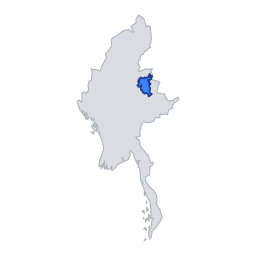 Lashio, Shan, Myanmar (highlighted)
{"feature_id": "60261553B9019752921327", "entity_name": "Lashio", "entity_type": "district", "adm_level": 2, "iso_a3": "MMR", "parent_name": "Myanmar", "parent_adm1": "Shan", "projection": "orthographic", "projection_center": [98.2, 22.767], "detail": "fine", "context": "in_parent", "style": "filled", "palette": "blue", "viewbox_px": 256, "rotation_deg": 0, "n_neighbors": 0, "source": "geoboundaries", "source_scale": "gbopen_adm2", "svg_char_len": 7347}
<svg xmlns="http://www.w3.org/2000/svg" viewBox="0 0 256 256"><path d="M167.3,114.8L164.7,113.5L162.7,114.7L159.8,114.3L160.1,116.9L158.4,117.8L155.4,117.6L153.6,121.5L147.4,122.6L143.3,121.8L141.0,125.3L140.8,129.3L139.7,131.8L140.2,135.9L137.5,137.0L135.9,136.8L136.7,138.7L138.8,139.5L140.1,143.8L139.7,145.5L148.2,155.5L150.8,163.3L152.8,162.2L153.4,163.0L152.6,165.1L150.0,166.7L149.6,174.9L145.3,176.9L145.4,179.6L145.9,181.6L149.8,187.1L154.1,190.8L156.5,194.8L157.0,200.6L156.3,203.0L157.5,206.5L159.7,208.8L162.2,217.9L157.2,226.0L152.1,231.3L151.4,236.9L149.7,238.8L149.0,237.0L148.6,231.2L151.1,227.4L151.9,220.2L153.5,218.7L152.6,218.0L150.6,218.5L151.3,212.7L150.2,212.4L151.1,211.2L149.9,201.5L145.9,194.6L145.4,191.6L144.8,195.6L144.3,194.8L144.2,189.4L142.0,183.5L142.2,183.0L143.3,183.5L142.3,182.2L141.5,182.5L140.8,181.0L139.7,168.8L138.2,167.0L138.8,161.7L139.9,160.4L135.8,160.9L133.9,156.4L133.8,154.0L129.7,150.3L130.4,151.4L129.7,152.7L130.4,154.7L128.7,158.6L127.0,160.4L124.8,161.1L123.0,159.9L122.7,157.9L122.0,157.8L123.5,161.8L116.9,165.0L115.9,167.3L112.5,170.3L111.5,169.9L112.1,165.8L110.0,169.0L107.3,169.1L106.8,164.6L105.6,167.2L104.0,167.9L104.6,160.6L104.2,162.7L101.5,165.6L98.9,166.5L99.6,160.4L103.2,150.9L103.5,147.8L101.9,140.1L99.0,133.6L99.9,133.5L97.9,131.6L97.7,126.8L96.5,128.5L96.3,131.4L93.8,129.8L91.4,125.6L92.4,125.2L95.2,127.3L96.8,126.2L97.2,124.9L92.9,120.7L94.1,119.1L92.6,119.1L88.9,117.0L87.8,117.3L88.3,119.1L87.4,119.5L86.1,116.8L87.2,115.6L86.3,115.5L86.9,113.2L86.6,112.8L84.7,115.9L83.7,115.1L84.9,113.6L84.5,112.6L82.9,110.8L83.0,114.0L79.3,108.8L77.3,101.7L79.0,100.0L82.0,102.1L82.0,93.5L83.4,91.7L86.4,93.4L87.4,91.2L88.6,90.7L88.0,84.7L89.1,81.0L91.2,80.4L91.7,77.3L92.1,73.1L91.3,68.5L93.1,69.6L95.2,69.3L100.1,71.0L102.1,65.6L106.9,56.9L105.3,54.9L105.6,53.6L109.7,49.1L111.9,45.0L111.1,41.2L112.0,38.2L115.7,36.4L123.7,30.4L129.5,29.6L131.9,32.0L133.5,32.2L131.1,26.5L136.1,22.3L136.0,18.9L138.3,15.4L139.6,15.5L140.8,17.2L142.1,17.2L144.3,19.8L146.5,27.0L148.1,25.7L150.3,26.7L151.3,37.3L150.7,43.5L149.4,44.9L150.4,47.5L148.3,48.4L146.9,50.8L144.8,51.0L143.3,54.4L141.2,54.9L140.0,57.5L140.3,59.5L138.6,60.7L138.0,64.1L139.5,65.5L139.9,67.3L138.3,71.2L139.7,71.4L145.5,68.8L149.7,69.3L152.4,68.6L150.7,71.3L152.4,74.7L152.8,80.0L159.0,81.4L160.0,82.7L158.7,84.4L156.6,92.9L164.8,94.0L165.1,97.3L166.8,98.5L167.1,100.3L168.2,100.8L172.6,100.7L175.2,98.4L178.5,97.4L178.7,99.2L178.0,100.6L174.4,102.6L171.9,106.5L171.8,107.4L172.9,108.1L168.7,109.8L167.3,114.8ZM94.0,123.4L96.6,125.0L96.1,126.2L94.4,126.2L93.2,124.1L94.0,123.4ZM146.7,207.3L148.5,209.7L146.8,211.4L146.7,207.3ZM93.5,134.0L92.1,133.0L91.2,131.7L94.2,131.8L93.5,134.0ZM149.3,217.7L149.3,220.9L148.2,220.5L147.5,217.9L149.3,217.7ZM102.9,166.5L101.1,168.5L100.8,166.8L103.4,164.3L102.9,166.5ZM138.1,164.2L137.0,163.6L136.9,161.7L137.7,161.2L138.4,162.1L138.1,164.2ZM145.7,221.6L145.4,220.5L146.6,218.0L146.4,220.2L145.7,221.6ZM145.0,227.5L146.5,229.9L146.3,230.4L144.9,228.5L144.0,228.7L145.0,227.5ZM150.3,215.9L148.7,216.6L148.6,214.4L150.3,215.9ZM146.5,238.6L144.4,240.6L144.7,239.5L146.5,238.6ZM85.6,117.2L86.2,119.8L85.1,116.7L85.6,117.2ZM146.8,202.2L146.7,204.2L146.2,201.0L146.8,202.2ZM91.6,119.2L91.8,120.9L90.7,118.5L91.6,119.2ZM144.6,213.6L143.5,212.6L143.9,211.9L144.5,212.0L144.6,213.6ZM143.8,210.7L143.0,212.0L142.3,211.2L142.9,210.7L143.8,210.7ZM144.0,218.6L144.0,219.7L143.1,217.0L144.0,218.6ZM105.7,169.0L104.8,168.9L106.0,167.6L106.1,168.1L105.7,169.0ZM149.5,227.8L148.7,227.5L149.3,226.3L149.5,227.8Z" fill="#d9dde1" stroke="#a8b0b8" stroke-width="1"/><path d="M139.3,78.6L139.3,78.8L139.4,79.0L139.6,79.0L139.6,79.5L139.6,79.8L139.5,80.0L139.4,80.0L139.5,79.8L139.4,79.8L139.2,79.8L139.2,80.0L138.9,80.0L138.7,80.1L138.4,80.2L138.5,80.3L138.8,80.6L139.0,80.6L139.1,81.1L138.9,81.1L138.6,81.3L138.6,81.7L138.4,81.7L138.1,81.7L138.0,81.8L138.1,82.0L138.3,82.1L138.3,82.3L138.4,82.5L138.7,82.5L138.9,82.3L139.2,82.4L139.1,82.5L139.0,82.9L138.9,82.9L138.8,83.0L138.7,83.2L138.8,83.3L138.8,83.5L138.7,83.5L138.7,83.4L138.6,83.5L138.7,83.8L138.8,84.0L138.5,84.3L138.4,84.5L138.1,84.7L137.9,84.9L137.9,85.0L138.1,85.0L137.9,85.3L137.8,85.5L137.7,85.5L137.8,85.6L137.7,85.7L137.8,85.9L138.0,85.9L138.1,86.1L138.3,86.1L138.4,86.5L138.5,86.5L138.6,86.9L138.7,87.0L139.1,86.9L139.3,86.8L139.8,86.8L140.1,86.8L140.1,86.7L140.3,86.5L140.4,86.4L140.7,86.2L140.8,86.2L140.9,85.9L140.9,85.7L141.0,85.6L141.0,85.8L141.3,85.9L141.4,86.0L141.4,86.3L141.3,86.5L141.2,86.5L141.3,86.7L141.1,86.9L141.1,87.1L140.7,87.8L140.8,88.1L140.8,88.3L140.8,88.6L140.7,88.9L140.8,89.1L140.9,89.5L140.9,89.8L140.9,90.0L141.3,90.3L141.6,90.4L141.8,90.5L142.1,90.6L142.3,90.6L142.4,90.8L142.3,91.0L142.6,91.3L142.8,91.9L142.7,92.0L142.8,92.1L143.0,92.3L143.1,92.5L143.2,92.3L143.3,92.4L143.3,92.5L143.2,92.5L143.3,92.6L143.2,92.7L143.1,92.8L143.3,93.1L143.5,93.0L143.6,92.8L143.9,92.8L144.1,92.8L144.3,92.8L144.5,92.9L144.7,93.1L144.7,93.3L144.8,93.4L144.8,93.7L145.2,93.6L145.4,93.3L145.6,93.3L145.7,93.2L146.3,93.2L146.5,93.1L146.9,93.4L147.0,93.5L147.3,93.6L147.5,93.7L147.9,93.6L148.0,93.9L147.8,93.9L147.8,94.0L148.0,94.2L148.0,94.3L147.9,94.4L147.9,94.5L148.0,94.5L148.3,94.6L148.5,94.7L148.6,94.8L148.6,95.0L148.6,95.3L148.6,95.5L148.5,95.8L148.4,96.1L148.4,96.3L148.5,96.4L148.8,96.2L149.0,96.2L149.3,96.2L149.8,95.8L149.9,95.6L150.4,95.3L150.6,95.1L151.0,95.0L151.1,94.9L151.2,94.7L151.3,94.6L151.4,94.3L151.3,94.1L151.6,94.1L151.8,94.1L151.8,93.8L151.7,93.8L151.1,93.6L150.7,93.3L150.4,93.0L150.3,92.8L150.2,92.6L150.1,92.4L150.0,92.2L149.8,91.9L149.7,91.7L149.6,91.4L149.5,90.8L149.7,90.7L149.7,90.4L149.8,90.2L150.0,89.9L150.1,89.7L150.1,89.2L150.3,89.1L150.3,88.9L150.3,88.3L150.1,88.1L150.0,87.8L149.7,87.2L149.6,86.8L149.4,86.7L149.4,86.2L149.2,86.0L149.2,85.9L149.3,85.7L149.0,85.2L149.2,84.9L149.3,84.6L149.5,84.5L149.8,84.5L150.0,84.5L150.4,84.4L150.4,84.2L150.6,84.0L150.6,83.6L149.6,83.1L149.4,82.8L149.1,82.8L148.9,82.8L148.9,82.7L148.6,82.3L148.6,82.0L148.7,81.8L149.0,81.7L149.4,81.5L149.4,81.4L149.4,81.2L149.0,80.9L149.0,80.6L148.9,80.6L148.5,80.4L148.3,80.3L148.0,80.1L148.2,79.9L148.4,80.0L148.4,79.9L148.6,79.8L148.8,79.9L149.0,79.8L148.9,79.8L148.9,79.7L149.5,79.6L149.9,79.5L150.0,79.6L150.4,79.7L150.6,79.6L150.9,79.3L151.1,79.4L151.3,79.3L151.2,78.6L151.1,78.1L151.2,77.9L151.2,77.7L150.7,77.5L150.7,77.3L150.8,77.2L151.0,77.0L151.3,76.9L151.4,77.0L151.6,76.7L152.2,76.6L152.3,76.5L152.2,76.4L152.1,76.2L151.9,76.1L151.8,75.8L151.6,75.7L151.3,75.8L151.2,76.0L150.7,76.3L150.4,76.4L150.2,76.5L149.9,76.7L149.6,76.5L149.6,76.3L149.8,76.2L150.0,75.8L150.1,75.6L150.2,75.4L150.4,75.1L150.3,74.7L150.1,74.5L150.1,74.3L149.9,74.0L149.7,73.9L149.6,74.1L149.6,74.3L149.5,74.5L149.3,74.7L149.2,74.8L149.1,75.0L148.9,75.4L148.6,75.6L148.3,76.3L148.5,76.6L148.5,76.8L148.4,76.8L148.3,77.0L148.0,77.1L147.9,77.2L147.9,77.5L147.4,77.7L147.1,77.7L146.9,77.7L146.7,77.6L146.4,77.6L146.2,77.7L146.1,77.4L145.9,77.5L145.6,77.8L145.3,78.0L145.1,78.0L144.9,77.9L144.7,77.8L144.5,77.6L144.4,77.4L143.5,78.1L143.4,78.2L143.1,78.2L143.0,78.3L142.8,78.3L142.6,78.3L142.5,78.2L142.1,78.3L142.0,78.1L141.7,78.0L141.5,77.8L141.4,77.5L141.0,77.5L140.8,77.6L140.7,77.5L140.5,77.8L140.4,77.9L140.3,78.0L140.1,78.0L139.9,78.2L139.9,78.4L139.8,78.6L139.7,78.7L139.3,78.6Z" fill="#3b82f6" stroke="#1e3a8a" stroke-width="1.5"/></svg>